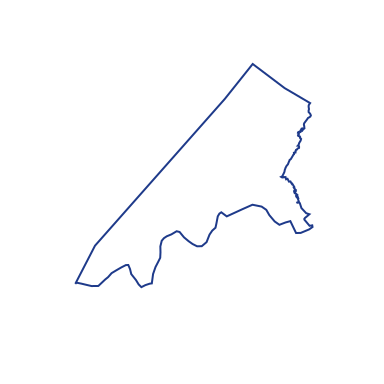 the district of Bachok, Kelantan, Malaysia, rotated 243°
{"feature_id": "92858781B88613977920895", "entity_name": "Bachok", "entity_type": "district", "adm_level": 2, "iso_a3": "MYS", "parent_name": "Malaysia", "parent_adm1": "Kelantan", "projection": "robinson", "projection_center": [102.347, 6.027], "detail": "fine", "context": "isolated", "style": "outline", "palette": "blue", "viewbox_px": 384, "rotation_deg": 243, "n_neighbors": 0, "source": "geoboundaries", "source_scale": "gbopen_adm2", "svg_char_len": 2889}
<svg xmlns="http://www.w3.org/2000/svg" viewBox="0 0 384 384"><g transform="rotate(243 192 192)"><path d="M106.1,283.5L107.7,284.0L108.5,281.4L116.3,279.6L117.0,279.8L117.6,280.9L118.2,283.7L118.9,286.5L121.3,284.1L128.0,282.2L133.0,283.0L134.2,282.8L134.3,281.7L134.6,281.6L134.7,281.0L134.9,281.0L134.8,282.8L138.1,283.3L138.1,283.8L140.3,284.1L140.4,283.3L140.0,283.3L140.0,282.9L140.6,282.9L140.6,283.2L141.2,283.1L141.3,283.5L141.8,283.5L141.9,284.4L144.5,283.5L144.5,283.0L145.5,283.1L145.6,284.2L145.8,284.2L145.8,285.0L146.1,285.1L146.0,283.3L146.5,283.4L146.8,285.3L148.6,284.7L148.9,285.1L150.0,284.8L150.2,285.4L153.8,285.1L153.7,284.7L155.4,284.5L155.9,284.5L156.7,284.5L157.2,283.1L160.4,283.1L160.6,281.6L162.8,282.1L162.9,281.4L163.5,281.0L163.6,280.4L163.6,279.8L163.9,279.2L164.3,278.7L165.0,278.3L165.0,279.6L167.5,282.9L167.9,283.4L168.5,283.9L169.3,284.5L169.9,285.0L170.4,285.7L171.0,286.2L171.7,287.2L172.4,288.2L173.1,290.0L174.8,291.9L175.4,292.6L175.7,293.1L176.3,293.6L176.4,294.9L178.6,298.4L178.9,298.7L179.2,299.4L179.3,300.0L179.7,300.3L180.3,300.4L180.7,300.6L180.6,301.4L180.2,302.1L180.7,302.5L180.8,302.5L181.4,302.7L181.5,303.1L181.9,303.4L182.3,303.8L182.2,304.4L182.2,305.0L182.7,305.6L182.8,306.3L182.7,307.4L183.2,307.7L183.8,308.0L184.5,308.1L184.8,307.9L185.2,307.3L185.6,308.3L186.1,308.9L186.8,309.5L187.3,310.2L188.5,312.2L189.3,312.8L189.7,313.3L190.4,313.2L190.8,313.0L191.2,312.8L191.6,313.0L192.0,313.3L192.5,313.2L192.8,313.2L193.1,312.8L193.4,312.3L193.8,312.1L194.5,312.2L194.8,312.7L194.9,313.2L195.2,313.7L195.9,313.8L196.6,313.2L197.0,313.5L197.1,314.3L197.0,314.8L196.7,315.4L196.2,315.9L196.5,316.5L197.0,316.7L197.5,316.7L197.5,317.3L197.2,317.8L196.6,318.1L196.9,318.6L197.7,318.8L198.0,318.5L198.4,318.0L198.7,318.4L198.6,319.2L198.0,319.6L197.4,320.0L197.6,320.7L197.8,321.2L198.7,321.4L199.7,321.9L201.1,322.2L202.2,323.0L202.9,324.3L204.4,327.4L205.3,329.0L205.3,330.4L205.5,331.7L206.3,332.7L207.9,332.8L209.3,332.5L210.2,332.2L211.4,332.7L212.8,333.9L213.8,334.2L215.0,334.6L216.2,335.3L216.8,336.1L217.6,337.6L242.5,321.7L278.5,304.2L260.0,263.4L188.2,81.2L163.2,46.4L163.6,48.0L160.6,51.8L157.6,55.3L153.8,59.8L150.8,65.9L153.5,75.1L154.2,78.5L156.2,83.5L156.6,89.2L156.9,94.9L156.9,99.9L155.9,102.1L151.5,101.8L146.4,100.6L139.0,102.1L133.9,102.5L130.2,103.7L130.2,108.2L129.5,112.8L128.8,114.7L136.6,120.1L141.7,125.4L144.7,129.6L147.8,133.8L152.5,136.5L157.9,139.1L162.3,142.9L163.6,146.0L164.0,149.4L163.6,154.4L164.0,160.5L162.0,162.8L155.2,164.3L149.8,166.6L145.4,168.9L141.3,171.9L139.3,176.1L140.7,182.2L146.1,188.3L148.4,192.5L149.5,196.7L152.8,199.4L158.6,203.9L160.3,206.6L160.6,208.9L154.5,211.9L153.8,229.1L153.2,240.1L147.4,247.4L142.4,250.1L136.3,250.4L128.2,252.3L123.1,255.0L122.4,261.5L121.4,266.4L108.2,266.1L106.2,270.3L105.5,279.4L106.1,283.5Z" fill="none" stroke="#1e3a8a" stroke-width="2"/></g></svg>